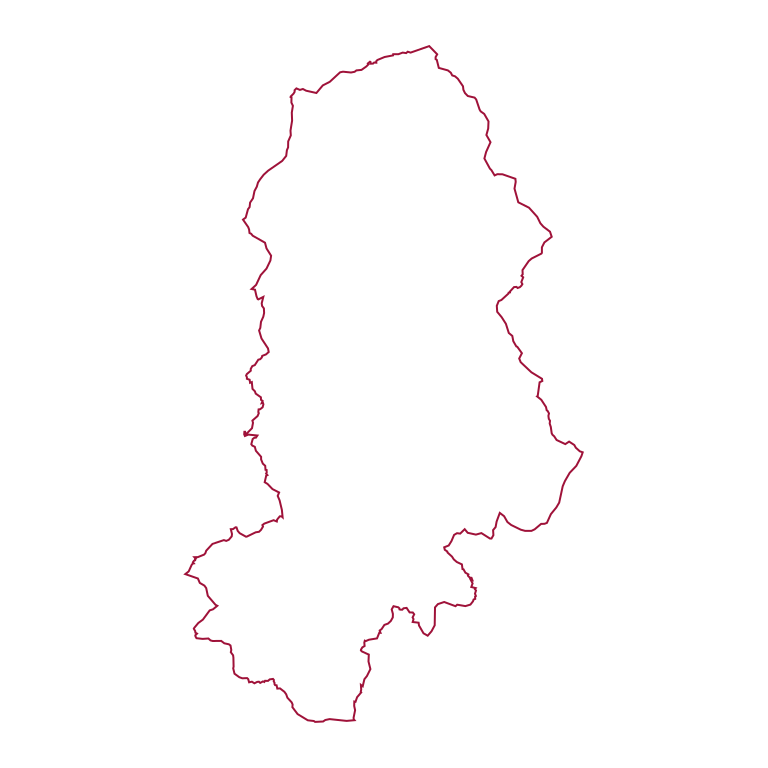 outline of Batani, Covasna, Romania
{"feature_id": "2599482B35119145322325", "entity_name": "Batani", "entity_type": "district", "adm_level": 2, "iso_a3": "ROU", "parent_name": "Romania", "parent_adm1": "Covasna", "projection": "orthographic", "projection_center": [25.726, 46.103], "detail": "fine", "context": "isolated", "style": "outline", "palette": "rose", "viewbox_px": 768, "rotation_deg": 0, "n_neighbors": 0, "source": "geoboundaries", "source_scale": "gbopen_adm2", "svg_char_len": 6072}
<svg xmlns="http://www.w3.org/2000/svg" viewBox="0 0 768 768"><path d="M361.2,692.4L360.7,691.9L361.2,689.7L360.9,684.9L362.7,686.3L364.4,679.2L366.9,676.1L370.4,669.1L368.5,661.5L368.8,654.6L362.0,651.5L360.9,650.4L361.0,649.6L362.3,647.4L364.6,646.0L364.3,642.6L364.8,640.7L365.7,641.1L369.0,639.7L377.0,638.4L379.3,632.7L380.5,632.8L379.7,630.5L381.6,629.1L384.4,624.9L388.0,623.6L390.8,621.0L392.8,617.4L392.9,613.9L391.7,609.4L393.5,606.2L398.3,607.3L399.3,608.2L399.5,609.4L400.8,609.7L402.3,609.7L403.5,608.3L406.6,607.9L409.6,612.4L412.8,612.5L414.2,614.3L412.6,617.4L413.5,619.1L412.7,622.0L418.6,622.7L419.0,625.5L423.5,633.3L427.7,635.7L431.5,631.3L434.7,625.3L435.0,607.4L437.9,604.1L444.2,602.0L455.5,606.2L457.2,604.7L465.4,606.1L470.4,604.6L473.0,601.3L473.6,599.5L475.2,598.9L475.1,596.6L475.9,596.0L475.0,593.7L476.0,590.5L474.9,589.1L475.7,588.1L471.3,587.0L472.6,583.4L470.7,579.8L472.4,580.2L471.5,577.8L470.0,577.7L468.2,576.1L467.9,575.4L468.4,574.4L465.4,572.7L463.5,569.3L462.5,569.1L461.9,564.4L456.8,562.0L453.8,559.4L452.0,556.6L447.5,552.5L447.3,551.5L444.8,549.8L444.2,547.3L448.7,545.5L451.5,541.0L454.1,534.9L457.0,533.2L460.2,533.6L464.7,529.2L467.7,532.8L475.9,534.6L481.4,533.1L489.9,538.5L491.5,538.5L493.4,535.2L493.1,530.1L495.6,527.1L496.6,521.6L499.8,512.9L504.1,516.2L507.4,522.0L511.2,525.0L520.8,529.7L525.2,530.9L531.4,530.9L534.7,529.3L541.1,523.9L544.5,523.8L546.9,522.9L550.9,514.1L556.3,507.5L559.2,502.6L562.7,486.3L564.9,481.1L569.7,472.8L576.3,465.9L581.4,456.2L582.7,452.3L579.8,451.3L575.8,447.7L574.3,445.0L569.1,441.6L565.3,444.1L556.6,440.0L554.2,436.3L552.5,434.8L551.7,433.3L550.8,426.9L549.7,423.6L550.0,420.8L548.8,418.8L548.4,415.8L549.0,413.4L547.6,410.9L546.7,410.3L546.0,407.0L541.3,399.8L537.1,396.4L537.7,396.0L539.6,382.3L542.3,381.0L542.0,378.8L531.4,372.3L520.7,362.2L519.2,358.5L521.9,353.2L517.3,346.8L516.3,346.4L513.3,341.2L512.3,335.9L508.8,333.0L505.9,323.8L501.6,317.1L497.2,311.8L496.8,305.8L498.7,301.1L501.4,300.0L508.4,293.6L508.6,292.7L510.0,292.4L509.9,291.6L514.0,287.1L516.5,286.9L517.6,288.0L519.8,287.2L521.4,285.7L522.4,284.1L521.3,282.1L523.2,277.3L521.5,275.8L522.7,274.3L522.5,270.1L528.7,261.1L531.7,258.5L541.4,253.6L541.9,252.8L541.9,247.3L544.4,242.4L551.7,236.8L550.0,231.7L543.4,226.7L540.4,223.3L537.2,216.8L529.0,207.7L518.3,202.3L514.5,188.6L515.7,181.9L515.4,178.8L502.5,174.3L497.3,174.2L494.6,175.4L491.4,170.1L489.9,168.6L484.4,158.5L486.1,152.0L490.5,142.2L486.4,135.0L488.2,128.5L488.5,121.4L484.2,113.9L480.7,111.4L479.6,109.6L476.2,99.5L474.6,97.6L467.8,96.0L465.0,93.1L463.4,89.8L463.0,86.3L457.8,78.7L455.0,76.3L452.2,75.4L450.8,72.7L447.9,70.4L438.8,67.9L436.8,59.9L435.6,59.1L435.6,57.1L437.2,54.3L429.2,46.1L410.6,52.6L407.7,51.7L406.2,53.1L402.7,52.6L398.4,54.2L393.2,54.2L393.0,55.4L384.6,57.0L377.4,60.0L376.2,61.3L376.3,62.7L374.2,62.5L373.0,63.6L370.5,63.7L370.5,62.0L370.0,61.7L367.8,63.5L368.3,64.5L366.3,66.5L361.5,69.9L356.4,70.4L354.6,71.8L351.0,72.5L343.0,71.7L340.1,72.3L329.8,81.8L322.8,85.4L316.4,93.0L306.1,90.7L302.9,89.0L299.9,89.9L296.4,88.4L294.6,90.2L294.6,91.9L293.5,93.7L290.7,96.5L290.6,97.1L291.5,97.4L291.4,102.6L292.9,105.8L291.8,112.6L292.1,120.6L290.5,130.6L290.8,135.4L288.2,141.4L288.1,147.4L286.9,150.2L286.2,155.9L282.2,160.9L268.1,170.7L263.7,174.7L260.2,179.2L258.0,182.5L256.8,186.7L254.5,191.0L253.0,198.3L250.1,202.6L249.6,207.1L248.0,209.2L245.7,217.6L243.0,219.6L248.2,227.1L249.1,229.5L249.5,233.0L251.2,233.8L252.7,235.7L265.0,242.7L266.5,248.4L271.1,255.7L270.4,260.5L266.5,268.6L260.7,275.1L256.1,284.9L251.6,289.0L255.0,289.7L256.5,296.3L257.7,299.1L258.3,299.4L263.3,296.9L261.7,303.3L262.1,306.0L263.9,308.4L264.1,313.0L263.3,316.7L261.0,321.8L260.3,327.9L259.1,330.5L261.5,338.5L268.0,348.4L268.7,352.0L266.0,354.4L262.2,355.9L261.8,357.5L260.2,359.2L258.3,359.7L254.8,365.1L252.3,366.1L250.7,369.0L250.8,370.7L246.8,374.1L246.1,375.6L246.9,377.2L246.9,378.8L249.6,379.7L250.1,382.8L251.8,382.1L252.5,388.9L254.9,391.3L255.7,393.6L260.9,397.3L261.0,399.8L262.6,400.9L261.7,403.1L262.9,402.7L263.4,404.3L262.6,407.3L260.2,409.2L258.6,409.4L258.3,412.1L258.8,413.1L257.6,416.0L252.4,420.6L253.0,422.8L252.0,428.2L246.3,434.0L245.4,433.4L245.1,431.8L244.4,431.8L244.2,434.3L244.9,436.0L248.3,434.6L257.4,435.5L255.9,437.7L254.4,437.7L252.7,439.0L251.3,444.2L252.3,445.6L254.8,446.8L255.9,450.8L261.1,456.8L261.1,459.4L262.8,463.6L265.2,465.8L265.5,469.8L266.6,470.0L266.7,472.6L266.1,473.6L267.4,475.1L266.2,475.7L264.7,482.2L267.5,483.9L272.5,489.1L279.1,492.5L277.7,495.9L279.6,500.4L281.9,510.0L282.6,517.3L281.5,516.3L279.8,516.3L277.1,519.6L276.8,521.5L273.6,520.2L264.3,523.6L262.4,525.1L263.0,526.6L261.0,529.9L259.0,531.8L255.7,532.3L246.8,536.6L246.0,536.7L239.7,533.2L237.7,530.9L236.5,527.4L235.5,527.3L233.0,529.1L230.8,529.2L232.0,534.0L231.7,536.4L228.8,539.8L226.2,540.9L223.9,540.1L212.5,543.9L206.2,550.7L205.4,553.1L204.1,554.6L197.9,557.1L194.4,557.2L195.8,558.7L195.0,559.3L195.1,560.3L193.9,560.8L192.9,562.3L193.8,563.4L192.7,563.6L191.7,564.8L188.7,571.4L185.3,574.1L197.9,578.5L199.8,582.9L204.4,585.6L206.2,588.1L207.8,595.8L215.5,604.8L217.3,605.8L213.0,609.3L209.7,610.4L202.9,619.6L198.3,623.0L194.3,627.8L193.8,628.7L195.2,631.1L195.4,632.7L197.0,633.6L195.3,635.3L195.5,636.5L196.5,638.2L202.6,638.9L208.4,638.5L210.5,640.4L212.7,641.0L221.2,640.9L224.3,643.3L228.9,644.3L230.5,645.5L231.3,650.0L230.8,652.2L233.1,655.3L233.4,657.6L233.6,666.7L233.2,668.3L234.5,673.7L239.3,677.2L242.3,678.3L247.1,678.1L248.2,679.1L249.1,682.3L251.9,681.7L254.4,683.3L257.2,681.9L258.9,681.7L260.2,682.9L263.0,681.4L264.3,682.0L265.0,680.8L268.0,680.9L269.7,679.4L273.0,678.9L273.9,680.0L273.7,681.3L274.5,682.7L274.5,684.1L275.1,685.1L276.6,685.3L277.3,688.6L280.0,688.4L284.4,691.8L286.2,694.3L287.4,697.7L291.7,702.4L292.6,704.5L292.4,707.2L297.6,714.1L307.8,720.3L313.8,721.0L315.1,721.9L323.1,721.5L325.3,720.0L329.6,719.1L346.6,720.9L354.5,720.2L353.7,719.2L353.6,717.7L355.1,710.2L354.2,706.0L354.3,701.5L355.5,701.8L357.1,697.2L361.2,692.4Z" fill="none" stroke="#9f1239" stroke-width="2"/></svg>